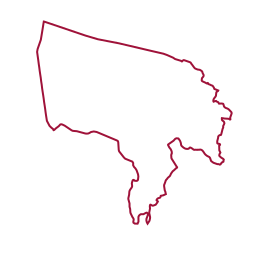 Kandahar, orthographic projection, rotated 98°
{"feature_id": "AFG-1754", "entity_name": "Kandahar", "entity_type": "Province", "adm_level": 1, "iso_a3": "AFG", "parent_name": "Afghanistan", "parent_adm1": "", "projection": "orthographic", "projection_center": [66.2, 31.058], "detail": "fine", "context": "isolated", "style": "outline", "palette": "rose", "viewbox_px": 256, "rotation_deg": 98, "n_neighbors": 0, "source": "natural_earth", "source_scale": "10m", "svg_char_len": 5255}
<svg xmlns="http://www.w3.org/2000/svg" viewBox="0 0 256 256"><g transform="rotate(98 128 128)"><path d="M220.0,95.3L218.8,96.2L217.1,96.9L215.4,97.1L211.7,96.3L209.9,96.4L209.2,97.6L209.6,98.6L210.4,99.6L211.2,100.7L211.6,103.3L212.4,104.3L213.5,105.0L214.6,105.3L219.3,104.6L221.4,105.2L221.7,108.0L221.1,109.3L220.3,109.7L218.0,109.6L217.1,109.9L216.3,110.5L215.6,111.2L212.0,113.6L210.9,114.0L207.9,114.6L205.8,115.5L202.5,116.0L198.5,117.7L197.5,117.9L193.9,117.6L190.9,117.8L190.0,117.7L188.8,117.3L186.7,116.2L185.6,115.8L184.5,115.9L182.3,116.5L181.1,116.4L179.8,116.2L179.1,116.0L178.7,115.6L178.6,115.1L178.8,114.7L179.2,114.3L179.3,113.8L179.2,112.3L178.8,111.4L177.9,110.9L174.6,111.0L172.5,111.6L168.7,113.6L167.0,115.0L165.7,116.6L164.2,117.7L162.0,118.0L160.7,119.0L158.8,126.5L157.7,128.0L152.4,133.5L151.1,134.1L143.4,135.7L142.4,136.2L141.9,137.2L136.3,158.5L136.2,161.4L137.1,164.0L138.5,165.8L139.0,166.7L139.3,168.0L139.4,169.4L138.3,178.2L138.5,182.2L138.2,183.4L134.5,191.0L133.7,193.5L133.6,194.6L133.9,195.5L135.9,196.9L138.3,199.3L140.1,200.7L140.5,201.3L140.3,201.6L139.8,201.8L139.5,202.0L138.3,204.0L136.8,206.0L132.2,209.3L127.3,210.8L123.9,211.8L120.6,212.7L117.2,213.7L113.9,214.7L110.6,215.6L107.2,216.6L103.9,217.6L100.5,218.6L97.1,219.5L93.8,220.5L90.4,221.4L87.1,222.4L83.7,223.4L80.4,224.3L77.0,225.3L73.7,226.2L65.3,228.6L62.4,228.5L52.8,226.6L44.9,226.4L34.3,226.2L34.3,225.8L42.4,183.0L44.3,170.2L45.4,148.8L48.4,115.9L48.6,113.6L49.5,103.3L50.3,99.5L52.1,93.1L53.1,91.1L53.2,90.7L54.1,84.9L54.6,84.0L54.6,83.9L54.5,83.7L54.1,83.5L53.7,83.2L53.2,82.6L53.0,82.2L53.1,81.4L54.2,75.9L54.4,75.4L54.5,75.1L54.7,74.9L55.7,74.1L56.1,73.6L58.6,71.2L59.5,70.2L59.8,69.6L60.4,67.2L60.4,65.0L60.9,63.8L61.3,63.0L61.6,62.6L61.9,62.3L62.2,62.2L62.5,62.1L63.6,61.5L64.5,60.8L65.0,60.5L65.5,60.4L66.4,60.5L66.8,60.7L67.7,61.3L68.2,61.6L68.7,61.7L69.9,61.7L70.7,61.6L71.1,61.3L71.4,60.8L72.3,57.8L72.7,56.8L72.9,56.3L72.9,55.9L72.6,55.7L72.4,55.5L72.3,55.3L72.4,55.1L72.6,54.9L73.1,54.7L73.3,54.4L73.4,54.1L73.5,53.4L73.6,53.0L74.0,51.9L74.1,51.4L74.2,51.0L74.4,50.1L76.0,48.6L77.0,48.1L77.3,47.9L77.4,47.7L77.4,47.4L78.3,43.9L78.9,44.1L79.7,45.1L80.2,45.4L80.8,45.5L83.8,45.4L84.7,45.7L86.8,46.9L87.6,47.2L88.4,47.3L89.1,47.3L89.6,47.2L90.0,46.9L89.1,45.1L89.1,44.8L89.0,44.5L89.2,44.3L89.4,44.1L89.5,43.7L89.8,42.6L89.9,42.3L90.0,42.2L90.3,41.9L90.9,41.6L91.2,41.3L91.2,41.1L90.9,39.7L90.7,38.2L90.8,37.6L90.8,37.2L91.0,37.0L91.1,36.9L92.1,36.4L92.9,36.1L93.1,36.0L93.6,35.6L94.0,35.1L94.5,34.1L94.7,33.3L94.9,32.3L95.2,31.5L95.7,30.6L97.7,28.1L98.1,27.7L98.3,27.6L98.8,27.5L99.2,27.4L103.3,28.2L104.1,28.2L105.0,27.8L105.3,27.9L105.4,28.1L105.4,28.4L105.2,28.6L105.0,29.2L104.9,30.1L105.2,33.9L105.1,35.7L105.2,36.2L105.2,36.4L105.4,36.4L105.6,36.4L106.5,36.2L106.8,36.1L107.1,35.9L107.3,35.7L107.5,35.4L108.2,34.2L108.4,34.0L108.6,33.8L108.9,33.6L109.4,33.4L110.0,33.2L110.4,33.3L110.9,33.4L112.7,34.0L113.0,34.0L114.3,33.8L114.7,33.9L115.7,34.2L118.6,34.5L121.2,34.8L121.9,35.0L122.0,35.2L122.2,35.7L122.2,36.0L122.8,36.8L123.3,37.2L123.8,37.4L124.3,37.5L125.2,37.4L128.6,37.8L130.5,37.5L130.8,37.2L130.9,36.9L131.0,36.7L131.0,35.8L131.0,35.4L131.1,35.0L131.4,34.6L131.7,34.5L131.9,34.5L132.0,34.6L132.1,34.9L132.4,35.1L133.0,35.3L133.6,35.1L137.3,34.5L137.9,34.2L138.2,33.9L139.5,33.1L141.3,33.8L141.8,33.8L142.5,33.8L142.9,33.6L143.2,33.3L144.4,31.5L145.1,29.9L145.3,29.5L145.7,29.0L145.9,28.8L146.1,28.7L146.3,28.8L146.5,28.9L147.0,28.9L147.6,28.8L148.0,28.8L148.2,29.0L148.4,29.2L148.6,29.7L148.7,29.9L148.9,30.0L149.5,30.4L149.9,30.8L150.1,30.9L150.7,31.1L151.1,31.3L151.3,31.6L151.5,32.0L151.4,32.4L151.2,33.0L151.2,33.3L151.3,34.4L151.3,34.8L151.2,35.2L150.6,38.2L150.5,38.6L149.9,39.7L149.2,41.0L148.4,41.5L146.4,42.5L145.8,43.0L145.4,43.5L144.7,45.6L144.4,46.2L143.7,47.4L142.8,48.5L141.5,49.6L140.1,51.0L139.8,51.5L139.5,52.1L139.3,52.9L139.3,53.4L139.4,53.9L139.7,54.6L139.7,55.0L139.8,55.8L139.9,56.3L140.0,56.4L140.0,56.6L140.1,58.0L140.4,59.5L140.3,59.8L140.2,60.2L139.4,61.6L138.7,63.3L138.7,63.7L138.8,64.1L139.0,64.3L139.6,64.7L140.1,65.1L140.5,66.5L140.5,68.2L140.4,68.6L139.7,70.3L138.6,72.0L138.1,72.6L137.8,72.8L137.5,73.0L135.5,73.6L134.1,74.3L133.3,74.8L131.4,76.6L131.4,78.3L131.6,78.8L131.9,79.4L132.2,79.7L132.4,79.9L134.2,81.1L138.7,85.9L138.9,86.0L139.2,86.0L141.5,84.4L142.8,83.0L143.6,82.4L144.7,81.7L145.7,81.3L146.9,81.1L147.1,81.1L147.4,81.1L147.6,81.3L148.2,81.4L149.0,81.4L151.5,80.9L152.2,80.6L159.3,74.6L160.0,73.9L160.4,73.9L160.8,74.4L161.1,74.7L163.7,76.8L164.6,77.7L167.1,79.0L169.4,79.7L169.9,80.0L170.4,80.4L170.8,80.8L171.9,81.7L173.1,82.3L174.0,83.0L174.6,83.2L175.0,83.4L175.3,83.4L176.9,83.7L179.5,84.3L180.7,84.1L184.7,82.9L185.8,82.2L188.2,81.3L189.8,83.8L190.5,85.8L190.6,86.1L190.8,86.1L191.6,86.2L191.9,86.3L192.4,86.5L192.5,86.6L193.4,88.4L193.8,88.9L194.2,89.2L194.8,89.5L195.3,89.7L195.5,89.7L195.9,89.4L196.2,88.6L196.4,88.4L196.6,88.2L197.5,88.5L200.1,89.9L201.3,92.1L201.5,93.1L201.4,93.4L201.0,94.3L200.8,94.8L200.8,95.1L200.9,95.3L201.3,95.4L201.5,95.5L201.9,95.5L202.2,95.5L202.5,95.5L204.3,95.1L204.6,95.0L208.4,95.2L209.4,95.1L210.2,94.8L213.2,93.7L214.6,93.6L216.7,93.8L217.1,93.9L220.0,95.3L220.0,95.3Z" fill="none" stroke="#9f1239" stroke-width="2"/></g></svg>